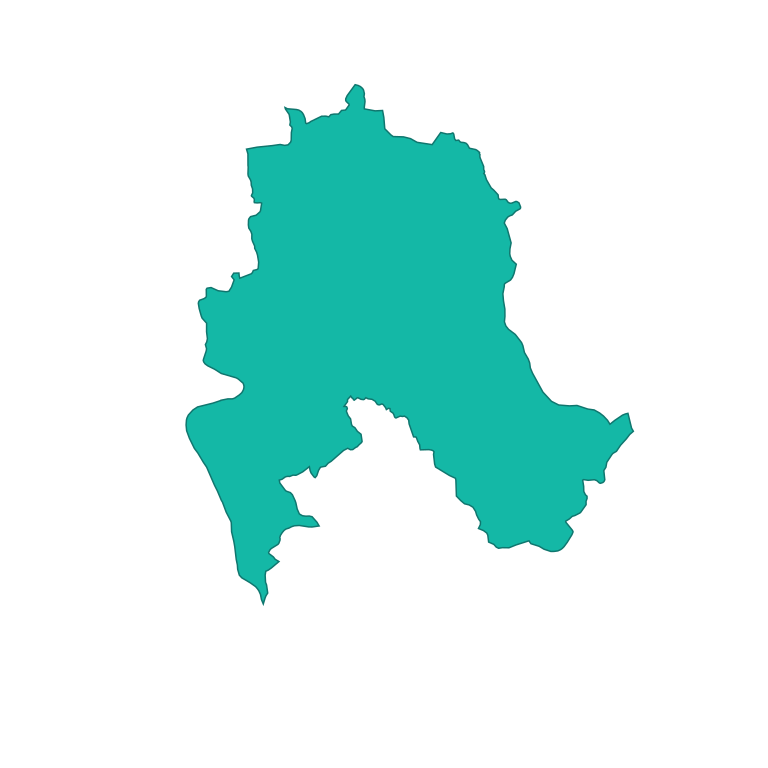 outline of Mai Chau, Hòa Bình, Vietnam, rotated 211°
{"feature_id": "81297802B54863694878388", "entity_name": "Mai Chau", "entity_type": "district", "adm_level": 2, "iso_a3": "VNM", "parent_name": "Vietnam", "parent_adm1": "Hòa Bình", "projection": "orthographic", "projection_center": [105.025, 20.716], "detail": "fine", "context": "isolated", "style": "filled", "palette": "teal", "viewbox_px": 768, "rotation_deg": 211, "n_neighbors": 0, "source": "geoboundaries", "source_scale": "gbopen_adm2", "svg_char_len": 6171}
<svg xmlns="http://www.w3.org/2000/svg" viewBox="0 0 768 768"><g transform="rotate(211 384 384)"><path d="M562.9,625.7L564.1,612.3L563.7,608.8L563.0,607.5L561.9,606.7L558.2,605.9L557.6,605.2L558.0,599.5L558.2,598.9L561.3,596.6L562.0,592.0L566.0,589.5L568.3,587.5L568.9,584.6L571.7,583.7L575.4,581.4L582.1,571.1L582.6,569.6L584.4,567.3L585.5,567.3L588.3,570.8L591.8,573.5L593.8,574.5L595.5,574.9L598.1,574.9L600.6,574.1L608.5,570.2L611.2,570.0L610.2,569.0L604.1,566.2L599.2,560.4L598.1,557.5L595.5,556.8L594.3,555.7L592.9,551.8L589.1,545.2L588.6,543.2L589.4,539.6L592.0,537.4L596.4,535.8L602.8,530.6L614.7,521.7L622.8,514.5L619.1,511.1L613.1,501.2L612.2,500.1L608.8,494.0L607.5,492.4L603.6,490.2L602.0,488.8L600.1,486.0L597.2,483.6L595.0,480.2L594.7,477.2L594.3,476.8L591.1,476.2L590.0,475.1L589.1,473.2L588.5,472.7L586.0,473.9L583.3,475.8L582.0,476.0L579.1,468.9L579.0,467.7L580.5,462.9L584.6,458.7L584.9,456.2L584.6,454.8L582.2,450.5L580.2,448.0L576.8,446.3L574.4,444.3L572.1,440.4L570.2,438.6L565.9,435.6L564.7,433.7L561.1,431.4L558.8,429.3L554.2,423.9L551.4,418.3L551.5,417.2L552.2,416.3L554.5,414.0L554.2,412.2L554.4,410.3L562.1,400.4L563.9,402.2L565.5,404.4L569.9,401.6L570.0,397.6L566.1,396.1L564.6,388.5L564.7,383.6L566.8,381.8L574.2,378.5L581.9,377.6L585.0,375.0L585.1,373.6L581.5,367.8L581.3,366.5L582.3,364.4L585.2,360.8L585.2,358.9L584.7,357.5L581.3,353.5L575.6,348.1L573.7,346.7L567.4,344.8L563.0,337.4L558.7,331.9L557.6,328.7L557.4,325.8L554.3,322.9L553.4,320.7L551.5,312.3L551.0,311.0L549.8,310.0L547.7,309.1L544.4,308.8L537.0,309.4L528.9,309.2L513.7,313.2L511.5,313.2L505.1,312.1L503.0,310.2L502.1,308.5L501.5,306.4L501.4,303.4L502.4,300.1L504.8,294.9L506.4,293.1L510.1,290.9L515.4,286.1L515.3,285.9L520.8,279.5L532.0,268.3L534.4,263.3L535.7,256.6L535.4,253.5L534.8,251.4L532.5,246.9L529.1,242.3L522.9,237.3L513.3,231.1L508.1,229.0L498.4,223.8L493.2,221.4L477.1,209.9L471.7,206.5L463.5,200.5L461.7,199.6L453.3,192.9L444.7,187.6L443.5,186.5L438.5,178.8L431.7,171.8L428.0,167.5L420.2,157.4L416.5,153.4L414.0,149.8L409.5,145.6L406.0,144.6L396.4,144.7L389.7,144.2L387.0,143.3L384.8,142.3L381.5,140.0L378.0,136.1L374.2,133.3L375.7,139.3L376.1,141.7L376.0,144.9L381.2,151.3L383.4,153.0L387.4,158.9L388.9,162.6L387.3,164.9L385.8,168.3L382.6,177.7L387.0,177.7L389.7,178.8L395.4,179.4L396.2,180.3L396.3,183.5L395.8,185.1L392.3,191.9L392.1,193.3L392.7,196.5L393.4,197.9L394.2,198.5L394.8,201.0L394.7,204.3L394.2,207.3L393.2,209.4L391.3,211.5L389.7,214.1L387.8,216.3L383.8,219.1L375.0,222.7L372.0,224.4L366.5,228.9L370.3,231.0L377.3,233.2L380.1,232.3L382.8,230.5L386.0,229.1L389.6,229.0L394.0,232.1L398.3,236.7L400.2,238.3L405.5,241.9L408.3,242.7L412.6,241.8L414.3,242.2L422.3,245.5L424.3,247.7L422.4,249.7L420.6,253.8L418.8,255.4L417.3,256.1L415.1,259.0L412.5,260.4L411.4,261.9L408.4,266.9L405.4,274.7L402.6,271.6L400.6,270.1L396.1,268.3L394.8,268.3L394.4,270.8L395.6,276.2L395.6,279.7L395.2,280.4L391.8,283.4L391.1,287.3L389.5,290.5L384.4,306.3L382.0,310.2L378.9,310.4L377.0,311.7L375.6,315.1L374.6,316.5L374.2,318.7L373.1,322.3L373.2,323.5L377.8,329.1L382.4,329.7L386.5,331.6L389.5,331.6L391.1,332.7L394.7,336.9L398.3,338.3L402.0,341.1L402.5,342.0L402.7,343.9L403.9,345.1L404.8,345.2L406.7,344.2L406.2,350.1L407.2,351.7L407.2,352.2L406.3,356.5L404.5,355.6L403.2,355.6L402.0,354.8L401.2,354.8L399.8,358.3L399.3,358.8L395.9,359.0L393.6,360.0L393.0,360.7L392.5,362.9L390.0,363.1L386.4,364.7L382.7,364.7L379.5,363.2L378.3,363.2L377.0,363.9L375.6,365.8L374.2,366.0L370.4,364.5L368.8,363.3L367.7,365.4L366.2,366.0L364.6,363.9L361.4,363.7L359.9,362.9L357.9,361.2L356.8,360.9L356.2,361.1L353.6,364.8L351.2,365.8L350.0,367.0L346.9,366.9L344.2,365.7L341.9,362.7L331.4,353.9L329.4,355.0L328.6,354.7L325.5,352.2L322.1,350.2L319.8,347.1L318.9,346.3L311.7,350.9L309.4,351.8L307.5,352.1L306.2,351.6L305.3,349.2L299.4,341.5L297.0,339.4L280.8,339.3L274.2,340.0L272.8,338.5L264.2,325.2L258.2,323.6L253.3,322.8L248.7,324.2L244.3,324.2L239.9,322.0L237.2,319.5L233.2,316.9L230.4,315.7L229.0,313.1L228.6,308.8L223.2,309.6L219.2,309.2L217.1,307.8L212.9,302.4L207.2,303.1L203.8,302.0L201.2,302.2L198.2,304.7L192.5,308.0L187.9,314.1L179.0,324.2L175.8,322.8L167.4,324.8L161.8,324.8L154.7,326.4L152.0,328.1L149.0,330.5L147.3,333.0L146.5,334.9L145.9,337.3L145.4,342.7L145.3,351.6L145.7,354.3L146.1,355.0L147.6,355.8L157.0,359.2L157.6,360.0L155.6,363.8L154.5,367.5L152.6,369.6L149.6,374.4L149.3,375.5L148.6,384.6L150.4,387.5L151.0,390.5L152.2,392.4L154.3,392.8L157.4,394.8L160.2,399.2L164.2,403.9L163.6,404.9L159.4,406.6L154.4,410.3L151.9,410.8L148.4,410.1L147.3,410.4L145.7,412.2L145.2,413.7L145.4,415.6L151.0,423.0L150.9,426.9L152.7,431.6L152.3,441.1L152.0,442.5L150.1,446.0L149.7,453.4L148.0,461.9L147.4,467.3L145.9,471.9L149.1,473.7L159.8,484.5L161.7,482.6L163.5,480.2L167.5,471.6L169.6,465.9L173.7,468.0L179.4,469.6L184.2,470.2L190.5,470.0L196.4,467.5L207.5,465.0L213.7,460.8L223.4,456.0L231.5,455.4L243.6,458.9L262.3,469.8L266.8,473.1L270.0,477.1L273.2,479.7L279.8,483.3L284.7,488.4L287.5,490.4L297.0,494.1L305.4,495.0L309.4,496.5L312.8,499.3L315.2,504.3L319.0,510.5L324.4,516.8L328.6,522.6L331.1,529.5L332.0,531.0L332.2,532.0L331.9,533.0L329.1,538.3L328.8,541.5L329.4,545.5L332.3,554.8L338.1,556.0L341.5,558.4L343.3,560.4L345.6,564.6L347.7,570.4L358.4,580.6L363.8,583.9L364.4,586.9L363.9,590.8L362.9,592.8L361.1,595.0L360.1,599.9L357.6,604.2L357.6,605.2L358.1,606.1L361.6,608.8L364.1,608.8L365.0,608.4L367.6,604.9L369.1,603.8L371.2,603.7L374.1,604.9L375.3,604.8L379.5,602.0L380.9,601.8L381.6,602.3L383.6,604.9L389.7,606.7L393.2,607.3L401.4,611.9L405.4,615.4L406.9,615.8L406.8,616.8L407.3,618.0L409.0,619.2L410.6,621.8L418.0,627.3L419.2,628.6L419.9,630.1L421.0,630.7L421.3,631.7L424.2,632.2L426.1,632.2L432.2,630.1L435.8,632.2L437.8,632.6L439.9,632.1L442.6,630.8L443.6,630.8L445.6,631.5L447.9,629.7L449.7,630.5L453.0,634.2L454.3,634.7L455.8,632.8L458.8,630.7L464.9,628.8L466.0,614.0L480.1,608.2L487.6,608.0L494.5,605.9L503.6,600.8L506.5,601.1L514.8,603.2L521.5,612.5L526.1,617.7L532.2,613.6L542.5,609.7L543.4,611.0L545.7,616.2L547.1,618.2L549.2,620.0L550.3,622.7L552.9,625.4L554.6,626.3L557.3,626.8L559.8,626.6L562.9,625.7Z" fill="#14b8a6" stroke="#0f766e" stroke-width="1.5"/></g></svg>